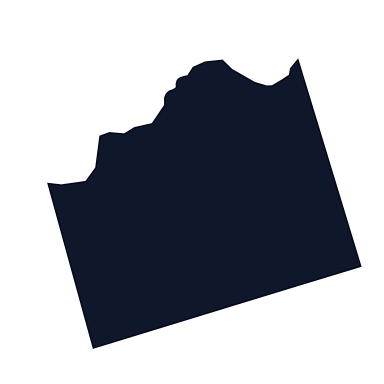 Sullivan, Indiana, United States of America (Equal Earth projection), rotated 73°
{"feature_id": "52423323B15974038514354", "entity_name": "Sullivan", "entity_type": "district", "adm_level": 2, "iso_a3": "USA", "parent_name": "United States of America", "parent_adm1": "Indiana", "projection": "equal_earth", "projection_center": [-87.538, 39.081], "detail": "fine", "context": "isolated", "style": "filled", "palette": "ink", "viewbox_px": 384, "rotation_deg": 73, "n_neighbors": 0, "source": "geoboundaries", "source_scale": "gbopen_adm2", "svg_char_len": 625}
<svg xmlns="http://www.w3.org/2000/svg" viewBox="0 0 384 384"><g transform="rotate(73 192 192)"><path d="M312.2,120.6L312.3,52.4L246.5,52.3L96.6,52.1L102.8,61.5L108.8,64.5L111.3,72.8L114.1,84.2L112.6,89.9L105.7,100.2L86.6,118.2L75.0,124.5L73.6,131.7L71.7,141.6L73.3,154.4L79.8,162.1L79.4,165.5L79.4,168.4L79.8,171.4L80.9,173.3L83.9,175.3L87.6,176.2L88.7,179.7L89.1,184.5L90.9,188.0L93.9,190.4L101.1,192.6L115.2,210.1L113.8,228.2L116.9,239.7L111.3,253.6L111.8,263.6L140.8,276.8L151.1,290.5L147.2,315.0L141.9,327.1L312.3,331.9L312.3,327.0L312.2,188.9L312.2,120.6Z" fill="#0f172a" stroke="#020617" stroke-width="1.5"/></g></svg>